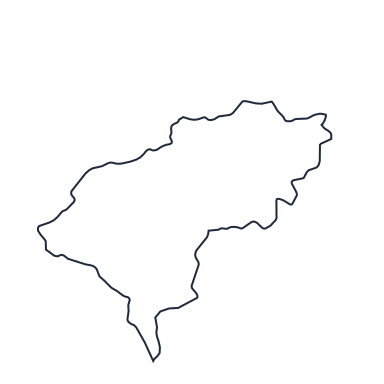 outline of Pardubický, rotated 134°
{"feature_id": "CZE-10373", "entity_name": "Pardubický", "entity_type": "Region", "adm_level": 1, "iso_a3": "CZE", "parent_name": "Czechia", "parent_adm1": "", "projection": "mercator", "projection_center": [16.129, 49.893], "detail": "fine", "context": "isolated", "style": "outline", "palette": "slate", "viewbox_px": 384, "rotation_deg": 134, "n_neighbors": 0, "source": "natural_earth", "source_scale": "10m", "svg_char_len": 2902}
<svg xmlns="http://www.w3.org/2000/svg" viewBox="0 0 384 384"><g transform="rotate(134 192 192)"><path d="M285.0,121.4L291.7,127.6L299.9,131.8L307.8,131.2L313.7,123.1L318.0,119.9L320.4,116.6L322.5,112.5L326.0,107.2L330.4,103.4L334.2,102.9L338.1,103.1L340.5,102.5L333.1,121.3L328.2,137.8L328.0,140.9L329.2,144.2L329.4,145.3L329.6,147.3L329.3,148.5L328.8,149.6L327.9,150.4L321.9,154.7L317.9,159.0L316.8,159.8L316.0,160.0L312.7,162.0L312.1,163.6L312.2,165.0L313.6,167.3L314.1,168.7L314.5,170.2L315.3,177.0L316.7,182.7L316.9,184.5L316.7,192.7L317.0,199.9L313.8,206.7L313.5,209.1L313.9,211.6L315.0,213.8L318.1,218.5L326.2,234.8L326.7,239.9L327.4,241.6L328.4,242.7L331.6,243.9L333.5,246.8L334.9,257.0L328.9,263.2L328.5,265.3L327.9,271.3L326.8,275.8L324.8,277.9L322.7,278.3L313.0,273.4L308.4,271.8L303.6,271.4L297.1,271.8L295.3,271.6L292.9,270.4L291.4,270.1L281.0,270.1L279.3,270.8L278.3,272.1L278.1,274.6L277.7,276.6L277.1,277.8L275.4,279.2L252.4,281.5L247.7,281.1L243.9,279.9L236.0,274.7L229.1,272.2L227.1,270.8L225.7,268.8L224.5,266.6L222.7,264.4L220.2,262.2L212.9,257.4L207.2,254.5L203.2,253.3L198.2,253.1L194.1,253.5L191.9,253.0L190.5,252.0L189.9,250.6L189.3,249.1L187.9,247.7L185.8,246.5L181.3,245.6L178.4,244.5L175.8,243.2L173.1,241.3L171.7,240.8L170.6,240.8L169.7,241.5L169.3,242.3L168.4,244.7L167.7,245.9L166.8,246.6L164.6,247.4L163.7,247.9L160.7,251.3L158.8,252.5L157.0,252.5L154.8,251.9L152.2,250.8L150.5,250.9L149.1,251.6L144.2,250.3L141.1,244.1L138.5,240.5L135.3,238.0L130.3,235.5L129.5,234.8L129.1,233.7L128.7,230.7L128.0,229.3L126.9,228.2L124.2,226.5L119.0,225.2L110.2,218.3L106.8,217.4L92.0,218.6L90.8,218.0L88.8,215.7L83.8,207.5L80.0,203.1L71.6,197.5L71.9,195.1L72.7,192.0L73.6,189.1L74.1,187.3L74.3,185.7L74.4,179.7L74.6,178.3L74.8,177.5L75.3,176.4L75.7,174.9L75.5,173.4L73.6,171.2L72.2,170.0L70.9,169.3L68.3,168.6L66.8,167.5L59.7,160.7L58.3,159.8L51.7,157.6L47.2,154.7L45.8,153.2L43.5,149.6L44.5,148.2L48.1,146.4L52.0,145.4L53.7,145.5L54.1,142.4L54.2,141.3L54.1,140.3L53.4,136.9L53.2,135.3L53.2,133.7L53.4,132.7L53.9,131.8L57.1,128.7L67.8,132.8L69.2,132.7L81.1,121.5L84.8,119.6L87.8,119.4L95.4,123.2L98.2,123.2L104.2,121.4L105.2,121.8L113.1,127.2L114.6,127.5L115.8,127.1L116.7,125.9L119.3,117.7L120.2,115.8L121.4,114.3L131.1,111.5L132.1,111.9L132.8,112.9L134.6,120.7L136.0,123.9L136.8,125.0L137.6,125.7L138.4,126.0L139.5,125.4L151.8,113.3L153.7,112.3L161.8,112.2L167.1,113.8L168.2,114.6L168.8,115.8L169.0,117.4L169.0,123.5L169.5,125.5L170.3,127.1L171.9,128.2L183.0,130.5L184.2,131.4L185.6,134.4L187.6,137.3L189.9,139.4L192.1,140.6L193.8,141.0L194.5,141.6L197.6,145.5L198.5,146.1L200.7,146.7L208.3,153.2L211.1,151.1L214.1,149.8L231.4,148.2L234.1,146.8L235.3,145.7L236.2,144.4L236.9,142.7L237.9,138.9L238.7,137.6L239.8,136.6L259.9,127.0L261.0,125.6L261.4,123.7L261.7,119.6L262.1,117.8L262.7,116.3L263.5,115.3L264.5,114.8L285.0,121.4Z" fill="none" stroke="#1e293b" stroke-width="2"/></g></svg>